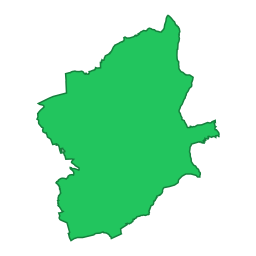 Helegiu, Bacau, Romania
{"feature_id": "2599482B3078952345821", "entity_name": "Helegiu", "entity_type": "district", "adm_level": 2, "iso_a3": "ROU", "parent_name": "Romania", "parent_adm1": "Bacau", "projection": "natural_earth1", "projection_center": [26.779, 46.352], "detail": "fine", "context": "isolated", "style": "filled", "palette": "green", "viewbox_px": 256, "rotation_deg": 0, "n_neighbors": 0, "source": "geoboundaries", "source_scale": "gbopen_adm2", "svg_char_len": 5736}
<svg xmlns="http://www.w3.org/2000/svg" viewBox="0 0 256 256"><path d="M186.0,75.0L185.8,74.5L185.1,74.4L182.9,72.4L181.0,71.7L179.3,69.3L178.8,68.1L178.9,66.6L178.6,64.7L178.7,61.8L177.5,60.4L177.1,58.8L176.9,55.2L177.1,49.6L177.2,49.3L177.7,49.2L178.0,43.5L179.0,41.0L179.4,38.4L178.9,36.4L179.2,35.2L178.9,34.7L179.2,34.5L179.1,33.4L179.8,31.7L179.3,28.9L178.1,26.7L177.2,26.3L176.9,25.4L175.6,24.8L174.5,21.8L173.3,20.8L171.3,18.2L169.4,16.3L168.0,15.4L167.2,16.2L166.3,18.2L165.9,21.3L164.7,24.7L164.1,28.6L163.3,29.4L163.0,30.1L161.7,31.3L161.5,31.9L160.0,32.1L157.8,31.3L157.2,31.4L155.7,30.9L154.5,29.8L151.9,29.4L151.1,28.7L149.2,28.2L147.5,29.3L146.9,30.4L146.0,30.9L143.5,30.5L142.0,31.5L141.0,31.8L140.0,32.8L138.3,33.8L139.0,34.3L137.2,35.5L136.8,35.2L136.5,35.3L136.1,36.0L135.3,35.3L133.9,36.7L129.5,38.0L126.8,38.1L125.2,37.1L124.6,37.2L123.8,37.8L124.2,38.7L123.9,40.7L122.5,41.5L122.4,41.8L121.9,41.7L119.8,42.6L119.1,43.2L114.7,45.3L114.7,45.6L113.4,47.1L111.7,50.8L110.1,53.1L110.0,52.7L108.6,54.2L105.3,55.9L105.0,56.9L104.6,57.4L103.9,60.1L102.7,60.4L102.0,59.8L101.8,60.6L101.4,61.0L101.5,62.5L100.4,62.5L100.6,67.8L97.1,68.1L95.6,67.6L95.6,68.3L95.3,69.1L95.0,69.1L94.8,69.8L93.6,70.1L93.6,70.4L92.7,70.4L90.4,71.4L89.1,71.6L89.4,72.7L88.7,74.0L88.4,73.8L88.0,74.2L87.3,74.2L86.4,73.8L86.3,73.3L86.1,73.2L85.9,73.7L85.6,73.7L85.4,74.1L84.5,73.8L83.1,71.9L81.8,71.2L79.1,71.6L76.3,71.5L75.0,71.1L72.5,71.5L71.1,72.0L70.3,72.7L69.4,72.7L65.6,73.7L66.1,80.7L66.0,81.4L66.5,93.0L53.2,96.5L49.6,98.0L38.3,103.5L39.7,104.4L42.9,105.1L43.9,106.1L44.0,107.1L40.5,110.2L38.5,112.5L38.4,113.2L37.7,113.5L38.0,116.9L37.0,119.2L38.5,120.0L38.7,121.0L38.6,122.8L38.9,123.8L41.7,127.2L42.9,127.6L43.1,128.7L42.6,130.1L43.0,131.8L45.0,132.9L46.4,133.0L46.4,133.3L46.2,133.5L46.9,134.6L47.5,137.0L50.7,139.1L52.7,144.5L56.5,143.9L56.3,145.1L57.1,145.1L57.7,144.7L58.5,145.4L59.2,147.0L59.6,149.4L60.2,151.4L60.6,151.5L60.7,152.1L60.5,152.7L60.8,153.1L62.0,152.9L61.0,148.6L62.7,148.3L63.0,149.7L63.3,149.6L64.7,150.9L64.8,151.7L63.4,152.0L64.4,155.2L65.0,155.9L65.8,159.2L71.4,159.0L73.6,159.3L71.7,161.4L71.5,162.4L71.9,162.9L74.4,164.6L75.3,165.7L78.6,167.6L79.0,168.1L79.1,169.5L78.8,170.1L74.4,168.6L72.9,168.6L72.3,168.9L71.3,167.7L70.2,167.5L70.2,168.2L70.6,169.0L72.5,170.5L73.6,171.9L73.9,173.3L73.5,175.0L72.1,174.6L69.7,175.0L68.0,176.3L67.8,177.7L66.1,178.6L66.1,178.9L64.0,178.3L62.1,178.2L60.7,178.6L59.1,179.6L58.2,180.4L58.0,181.3L56.8,181.6L56.7,182.1L56.1,182.5L56.1,183.0L57.9,184.4L58.5,185.1L58.4,185.4L59.1,186.0L59.2,186.6L59.6,186.9L59.5,188.3L60.1,188.8L60.1,189.5L59.8,189.7L60.3,190.3L60.4,192.4L60.8,193.0L59.4,194.9L59.5,195.0L59.3,195.5L58.6,195.8L58.5,196.9L58.2,197.4L58.2,197.6L58.1,198.6L58.2,199.6L58.7,200.2L57.7,200.5L58.0,201.0L57.9,202.3L58.1,202.6L57.9,203.5L58.0,203.8L58.5,203.8L58.6,204.3L58.0,205.4L58.6,206.2L59.1,206.2L62.0,210.9L63.1,211.4L62.1,212.1L59.5,213.0L58.8,213.0L59.8,215.9L59.2,217.5L59.3,218.5L60.1,219.6L60.9,220.1L66.9,222.7L67.1,223.1L69.7,232.4L69.3,233.0L68.4,233.4L69.1,234.2L68.7,234.4L69.5,237.7L71.0,240.6L74.1,238.6L76.3,237.9L77.4,237.5L82.7,237.5L93.9,234.8L94.4,234.2L95.9,233.4L100.1,233.1L103.0,231.9L103.5,232.6L106.4,233.0L108.4,234.2L109.3,235.0L109.7,236.0L110.9,236.7L111.3,238.5L119.8,234.6L121.4,233.8L121.1,233.3L120.6,228.8L126.8,224.8L126.0,223.8L126.4,223.7L126.8,224.2L127.6,223.8L127.6,223.6L127.9,223.8L128.9,223.5L129.5,223.8L130.3,223.1L131.1,222.9L132.0,221.9L132.8,221.5L132.9,220.1L133.5,219.8L133.4,219.3L134.4,219.3L134.5,218.8L136.4,217.8L136.9,216.7L139.9,216.1L140.9,215.4L142.3,215.4L143.5,215.0L145.5,215.4L148.0,214.4L148.6,214.6L149.0,214.3L149.1,212.9L149.4,212.3L148.9,211.2L149.0,210.8L149.5,210.0L149.5,209.3L150.0,208.9L149.9,208.3L150.3,207.9L150.9,205.8L151.9,205.4L152.0,205.1L152.6,205.0L153.2,204.5L153.6,203.3L153.6,202.2L154.1,201.5L153.9,201.1L155.1,200.5L155.4,199.5L156.1,198.7L156.2,197.8L156.9,197.5L156.7,196.6L156.8,196.2L158.1,195.8L159.7,194.8L159.9,195.1L161.5,193.6L162.2,192.6L162.6,191.2L162.5,190.1L163.3,188.4L164.0,187.6L169.6,186.5L174.6,185.0L178.1,182.6L178.6,179.7L182.1,176.1L185.9,174.0L191.1,174.0L196.2,175.4L197.5,176.9L199.8,177.0L199.8,175.2L200.1,174.9L200.3,173.9L200.1,172.5L199.0,171.6L198.9,170.4L198.2,169.1L197.0,168.4L195.6,166.1L193.6,165.1L191.3,161.6L191.1,158.7L190.4,156.8L190.2,155.2L190.3,154.1L189.5,151.9L190.0,148.4L190.0,147.3L191.4,144.8L191.4,144.1L199.1,141.8L199.7,142.1L200.0,141.8L200.3,141.8L201.0,142.0L201.2,142.6L202.3,142.6L202.4,142.9L204.1,143.1L204.1,142.3L203.5,141.6L203.9,141.2L204.7,141.5L204.6,140.9L204.1,140.7L204.5,140.6L203.8,140.4L203.9,140.2L204.1,140.2L204.3,139.8L204.9,139.7L205.0,138.6L205.6,139.2L206.0,138.5L206.8,138.7L207.1,139.0L208.3,138.8L208.5,138.3L208.0,137.0L208.1,136.4L209.2,136.3L209.4,136.5L209.5,136.8L210.7,136.9L211.7,137.3L212.8,136.5L214.6,136.6L215.5,137.2L215.4,136.6L215.9,136.6L215.7,136.0L215.8,135.7L217.4,135.5L217.9,135.6L218.6,136.5L218.9,136.5L218.7,135.7L219.0,134.7L218.9,133.5L218.6,132.6L216.4,129.8L215.2,129.7L214.9,128.4L215.1,127.8L215.2,127.2L215.9,126.7L214.9,126.0L214.6,124.0L214.2,123.4L214.2,121.8L214.7,121.6L215.3,122.1L215.2,120.4L212.6,121.5L211.9,121.8L211.7,122.5L210.4,122.9L209.5,123.0L207.7,122.5L201.5,124.9L197.4,125.1L194.8,126.7L193.2,126.6L192.1,127.2L190.8,126.3L190.3,126.3L190.2,127.4L187.7,127.6L187.1,126.9L186.4,124.9L184.8,122.2L184.2,120.6L181.9,119.5L181.8,119.1L182.0,117.8L180.8,115.6L180.3,113.5L179.1,111.8L179.1,110.3L180.2,107.8L180.4,106.6L182.2,104.1L184.1,99.3L185.1,98.1L185.4,96.5L186.2,95.0L186.4,93.4L188.1,91.1L189.4,88.3L191.5,86.5L191.8,84.9L191.5,83.0L192.6,80.1L193.1,77.3L189.7,75.0L186.0,75.0Z" fill="#22c55e" stroke="#15803d" stroke-width="1.5"/></svg>